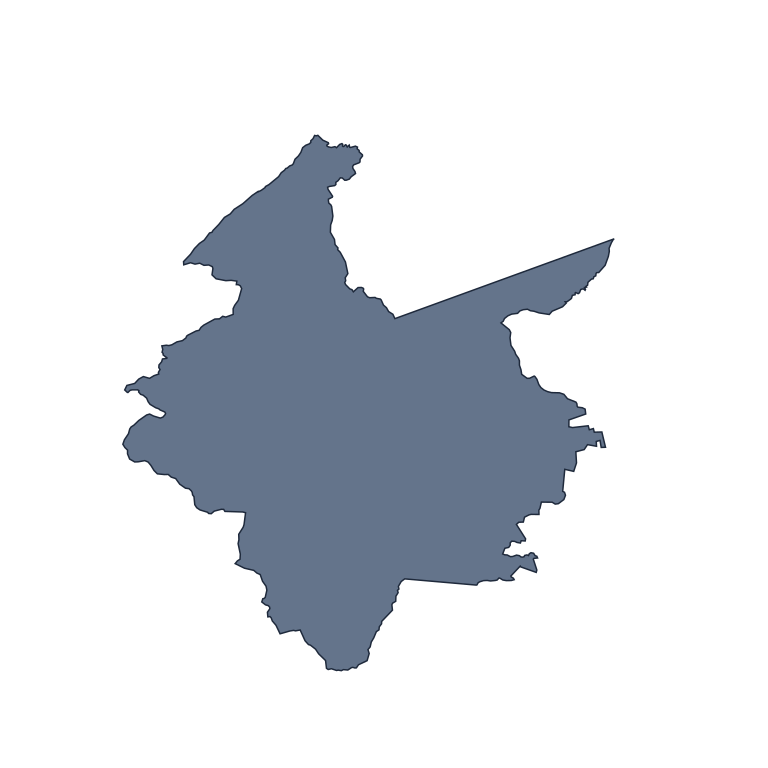 Northern Cape, Mercator projection, rotated 70°
{"feature_id": "ZAF-1188", "entity_name": "Northern Cape", "entity_type": "Province", "adm_level": 1, "iso_a3": "ZAF", "parent_name": "South Africa", "parent_adm1": "", "projection": "mercator", "projection_center": [20.625, -28.845], "detail": "fine", "context": "isolated", "style": "filled", "palette": "slate", "viewbox_px": 768, "rotation_deg": 70, "n_neighbors": 0, "source": "natural_earth", "source_scale": "10m", "svg_char_len": 6170}
<svg xmlns="http://www.w3.org/2000/svg" viewBox="0 0 768 768"><g transform="rotate(70 384 384)"><path d="M161.2,325.9L162.4,326.2L164.6,329.6L167.1,330.6L167.6,331.7L167.7,337.6L168.9,339.1L170.8,339.5L174.4,338.6L176.5,338.8L178.0,343.9L179.6,346.5L179.6,349.7L179.1,351.2L176.2,352.7L175.3,354.5L177.3,357.7L178.0,360.3L180.1,361.0L180.7,362.5L179.7,367.7L179.8,369.7L181.9,370.0L190.0,368.1L190.8,368.7L191.3,373.0L192.6,373.5L195.1,374.0L197.4,372.7L199.3,372.5L208.7,374.6L212.7,376.8L216.2,379.7L223.1,382.5L231.2,381.1L236.3,382.3L240.4,380.7L241.9,381.6L245.2,380.1L256.1,378.5L267.9,380.2L270.9,384.1L273.9,384.7L275.2,386.2L277.4,386.1L282.9,383.6L284.4,381.8L286.9,381.3L284.5,375.4L285.6,372.1L287.0,370.7L287.8,370.6L289.8,371.8L296.4,369.7L298.0,368.0L299.6,362.8L300.9,361.8L302.9,358.4L304.0,357.9L309.7,357.5L313.1,355.6L317.5,354.9L321.5,351.8L326.3,351.4L326.3,118.0L326.6,119.1L329.0,122.0L333.5,126.1L336.4,126.9L340.8,129.5L348.1,135.6L352.7,144.1L352.1,146.1L352.6,146.9L354.8,148.0L355.0,150.1L356.7,151.4L356.4,153.2L358.2,157.6L360.8,158.9L361.3,160.8L362.2,160.6L361.9,162.6L364.0,162.3L364.7,163.0L363.0,164.0L362.6,165.0L362.5,166.8L365.1,169.1L365.5,170.7L363.6,172.6L363.8,173.2L365.5,173.9L365.1,176.7L367.6,178.5L368.1,179.6L369.3,183.8L368.7,185.6L370.3,185.1L372.5,189.8L373.1,201.1L375.2,204.9L370.2,214.0L366.9,218.2L365.2,221.4L362.8,223.6L361.8,227.8L361.8,231.3L363.3,234.3L362.0,240.1L362.3,244.3L363.7,248.4L365.8,250.5L366.6,253.2L375.8,247.7L379.0,247.3L383.7,249.8L391.2,251.5L397.9,250.0L401.1,250.1L405.9,248.8L408.5,248.8L412.6,250.3L417.4,250.4L422.0,251.3L427.6,247.6L428.4,245.3L427.9,240.2L428.6,239.6L431.9,238.7L437.4,238.7L441.0,237.8L444.4,235.7L447.2,232.8L449.4,229.5L452.3,222.1L455.2,218.5L460.6,216.6L466.7,209.8L468.5,209.5L471.1,210.1L472.1,209.7L474.1,205.8L476.4,203.6L481.2,204.7L481.0,222.5L487.4,224.9L489.4,221.8L493.1,206.4L497.2,206.7L497.5,202.5L501.2,202.9L503.6,195.7L519.2,197.5L517.9,201.6L510.9,200.3L510.6,204.2L515.2,205.6L510.6,213.5L514.1,218.3L513.3,226.9L524.0,230.1L531.0,235.6L526.0,243.3L546.0,252.8L547.5,251.4L550.6,251.5L554.1,254.5L556.1,261.1L555.4,264.2L552.6,266.4L548.8,276.5L554.2,280.0L555.5,281.6L559.6,283.0L556.8,290.4L556.6,292.6L557.2,297.5L561.4,300.3L560.0,304.6L561.2,307.6L577.9,303.9L579.8,305.0L578.2,308.7L580.1,310.2L578.4,313.2L576.6,315.0L575.4,317.7L576.4,319.7L578.7,320.6L580.2,322.7L579.7,326.6L584.3,330.6L585.8,329.0L586.8,326.7L589.5,324.2L590.1,322.1L590.1,318.0L591.6,315.5L593.4,314.4L594.1,313.0L594.2,311.4L593.2,310.5L593.5,308.1L594.6,306.9L593.2,305.5L592.8,303.6L594.2,301.3L597.0,300.7L598.1,299.3L600.0,299.2L599.1,302.8L599.6,303.6L611.1,304.0L613.1,305.4L602.6,318.1L601.7,318.3L607.8,330.4L608.7,330.5L610.8,328.8L612.4,328.6L612.2,331.6L610.6,336.3L608.8,339.4L605.9,341.7L605.7,342.6L606.9,344.6L606.7,346.6L605.5,351.3L603.9,354.2L602.8,357.7L602.6,361.8L603.0,363.6L604.6,365.4L604.5,366.1L574.2,431.2L575.5,435.4L579.1,439.7L581.8,440.1L582.5,441.9L584.9,442.1L587.5,445.4L592.2,447.3L592.9,450.9L594.1,452.1L599.4,453.4L606.3,467.4L608.5,468.3L610.6,471.5L613.3,472.8L614.1,475.9L619.1,480.5L622.1,484.2L626.3,486.9L628.1,489.9L632.2,490.1L638.2,494.5L639.1,504.0L641.3,507.0L640.9,508.5L639.6,510.2L639.4,511.5L640.4,515.8L638.5,519.9L638.8,522.1L637.2,524.9L637.0,526.5L633.6,530.8L633.2,534.1L631.5,535.3L623.9,533.5L615.2,537.7L609.8,539.0L604.3,542.4L603.0,544.1L598.3,546.0L586.5,546.9L585.7,551.6L584.6,553.2L583.9,556.9L583.2,567.1L573.8,568.0L568.5,570.0L565.1,570.0L563.6,570.6L563.1,572.8L558.6,571.6L556.1,568.1L554.5,567.8L552.7,568.5L551.0,570.9L547.0,573.4L544.3,571.3L544.5,569.9L543.9,568.6L537.7,564.6L533.7,564.0L527.8,565.6L520.7,565.5L518.2,568.1L514.6,570.1L509.4,578.1L501.9,585.3L500.1,582.3L499.4,579.2L494.7,577.2L484.1,575.7L480.7,573.6L475.5,571.9L470.4,565.3L468.2,563.6L457.6,558.1L456.0,560.4L449.3,577.1L447.0,577.5L446.1,579.7L445.4,587.0L446.8,590.7L445.6,593.2L444.3,593.5L439.4,600.0L436.2,602.3L432.7,603.1L424.9,601.1L422.7,601.8L420.3,601.3L418.5,601.6L415.7,603.0L414.0,606.2L408.3,610.2L401.6,612.1L398.7,615.8L395.2,617.7L394.0,621.3L390.9,627.7L386.6,629.7L380.7,630.9L376.6,632.4L374.2,635.0L373.1,641.4L372.0,644.9L367.5,648.7L361.9,648.9L358.4,647.6L355.1,649.2L351.3,650.0L347.6,647.0L343.3,641.1L339.3,638.3L337.9,636.4L337.1,633.0L334.4,626.9L331.9,617.6L332.1,614.5L335.3,611.5L339.5,605.9L339.5,603.1L337.9,600.1L336.9,599.3L335.3,599.6L331.8,603.3L330.2,604.2L328.3,606.6L323.1,610.8L320.0,611.7L316.1,611.9L312.1,614.2L310.5,616.2L307.6,617.3L306.3,616.6L305.2,617.6L303.4,622.6L303.1,624.7L304.4,627.5L304.1,628.1L300.9,629.7L297.4,626.1L298.2,618.1L295.5,612.8L294.7,607.6L298.5,602.4L297.5,597.3L297.6,592.3L295.9,592.0L293.8,589.5L291.6,590.0L289.1,588.9L287.1,585.4L284.7,583.6L285.6,579.4L285.3,579.0L281.1,581.6L279.8,581.1L278.3,581.7L275.9,580.1L272.2,579.7L273.1,575.3L274.3,573.0L274.6,570.0L273.6,564.2L274.3,558.6L273.0,554.4L271.5,553.1L271.0,551.5L269.9,542.5L270.3,539.4L268.2,536.6L267.0,533.2L265.1,520.8L266.5,516.3L265.2,512.4L267.0,509.8L267.0,501.9L261.6,500.0L259.0,497.4L255.5,492.2L245.6,485.1L242.5,485.5L240.9,486.9L240.1,488.8L237.0,487.1L234.3,492.2L232.8,497.3L227.7,505.8L222.6,508.3L217.0,505.3L215.0,505.2L212.2,508.0L210.9,512.6L207.5,515.8L206.7,520.6L203.9,524.3L203.5,531.4L200.4,530.5L195.9,521.4L191.9,515.8L188.8,509.4L187.3,503.7L182.4,496.3L182.6,493.8L181.2,492.1L177.6,484.7L172.9,477.0L171.6,470.3L168.6,465.0L166.3,455.0L161.7,443.3L160.0,436.5L160.4,436.5L160.0,433.0L158.7,428.5L157.9,427.9L157.3,424.0L153.1,412.1L150.3,408.3L149.1,404.4L147.9,402.6L148.0,401.1L146.8,398.0L146.8,395.4L146.0,393.9L142.3,390.7L140.5,386.5L137.9,382.9L134.1,379.6L132.9,375.9L132.8,372.2L132.0,370.2L130.4,369.6L129.2,366.8L126.7,364.2L127.6,362.8L127.7,361.1L133.9,358.1L138.2,353.8L139.3,353.9L140.0,356.1L140.9,356.2L142.1,355.2L143.7,352.7L144.2,348.9L145.7,347.8L143.7,343.7L143.7,341.3L144.7,340.8L146.3,341.6L146.9,341.2L147.0,340.4L146.0,338.5L146.6,337.7L148.7,337.5L147.6,335.0L149.9,335.2L150.3,334.6L150.7,329.5L152.3,327.9L153.8,328.8L156.0,327.5L157.5,327.9L161.2,325.9Z" fill="#64748b" stroke="#1e293b" stroke-width="1.5"/></g></svg>